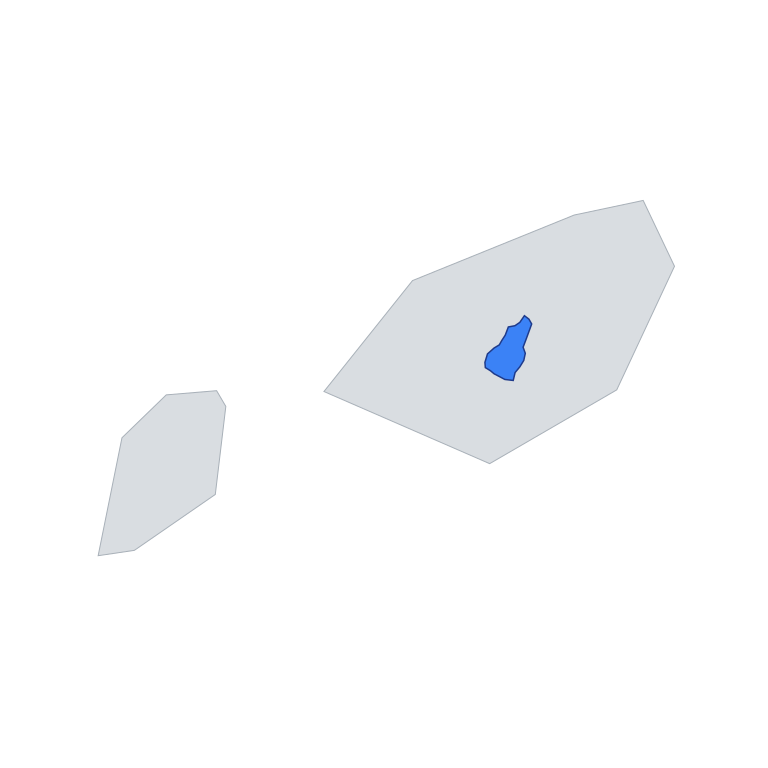 location of Attard within Malta, rotated 294°
{"feature_id": "MLT-5920", "entity_name": "Attard", "entity_type": "state/province", "adm_level": 1, "iso_a3": "MLT", "parent_name": "Malta", "parent_adm1": "", "projection": "robinson", "projection_center": [14.431, 35.889], "detail": "fine", "context": "in_parent", "style": "filled", "palette": "blue", "viewbox_px": 768, "rotation_deg": 294, "n_neighbors": 0, "source": "natural_earth", "source_scale": "10m", "svg_char_len": 726}
<svg xmlns="http://www.w3.org/2000/svg" viewBox="0 0 768 768"><g transform="rotate(294 384 384)"><path d="M657.1,546.1L609.7,601.5L473.3,599.0L354.2,512.9L352.7,332.2L490.1,368.0L615.7,489.0L657.1,546.1ZM299.2,248.6L214.5,274.8L130.5,223.6L110.9,192.7L228.3,166.5L285.5,189.5L309.8,233.8L299.2,248.6Z" fill="#d9dde1" stroke="#a8b0b8" stroke-width="1"/><path d="M453.6,466.3L461.6,469.9L466.6,473.4L471.6,473.9L477.9,474.9L486.7,474.4L490.5,479.9L495.5,483.0L503.5,484.5L502.2,490.0L498.9,494.5L483.0,495.6L474.2,496.1L469.5,500.6L462.4,502.1L454.9,501.1L447.8,499.1L439.8,500.6L437.3,492.5L437.7,487.0L438.1,480.4L439.4,475.9L440.2,469.9L444.8,467.4L453.6,466.3Z" fill="#3b82f6" stroke="#1e3a8a" stroke-width="1.5"/></g></svg>